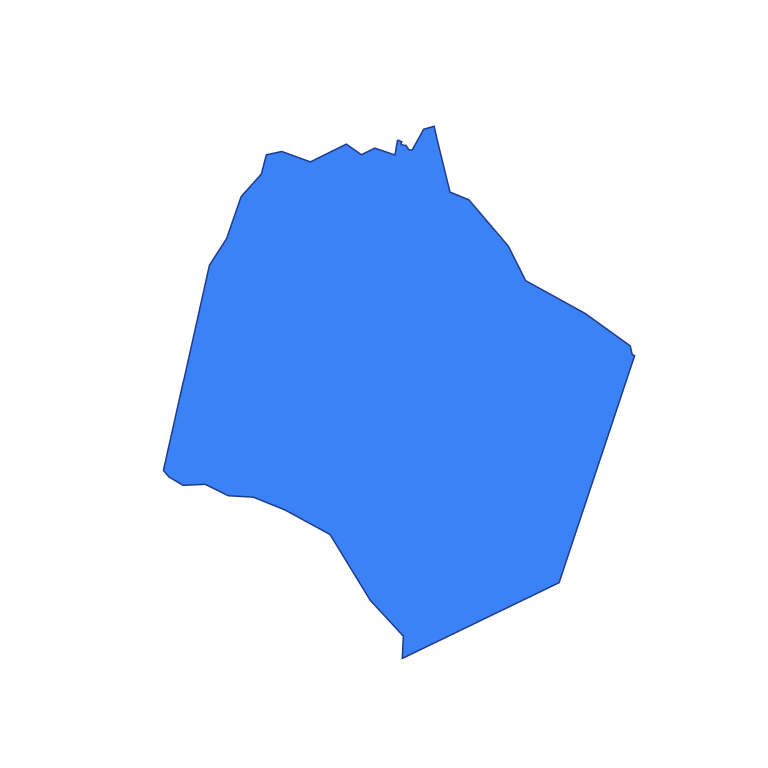 outline of Hoke, North Carolina, United States of America, rotated 332°
{"feature_id": "52423323B67745221671047", "entity_name": "Hoke", "entity_type": "district", "adm_level": 2, "iso_a3": "USA", "parent_name": "United States of America", "parent_adm1": "North Carolina", "projection": "albers", "projection_center": [-79.199, 35.024], "detail": "fine", "context": "isolated", "style": "filled", "palette": "blue", "viewbox_px": 768, "rotation_deg": 332, "n_neighbors": 0, "source": "geoboundaries", "source_scale": "gbopen_adm2", "svg_char_len": 855}
<svg xmlns="http://www.w3.org/2000/svg" viewBox="0 0 768 768"><g transform="rotate(332 384 384)"><path d="M549.3,180.0L538.6,177.7L519.1,190.4L517.6,190.1L516.3,189.2L515.9,188.6L515.4,183.6L513.5,182.6L511.7,180.5L511.8,179.9L513.5,178.4L512.5,177.3L511.9,176.8L511.3,175.6L510.2,175.3L501.2,186.9L486.6,171.4L471.7,170.9L463.3,154.5L423.2,153.3L402.9,130.7L387.7,126.4L374.2,141.1L345.8,151.5L313.3,181.7L285.7,197.1L210.1,285.4L208.2,287.5L207.7,287.9L148.7,356.7L150.4,364.9L158.9,379.1L179.0,388.6L194.0,409.5L215.4,422.5L237.6,449.0L265.7,491.6L270.3,568.6L282.7,615.7L271.3,634.9L445.4,641.6L472.8,615.4L588.6,505.2L605.8,488.8L614.9,480.2L615.5,479.6L618.5,476.8L617.0,474.4L619.3,466.0L594.8,416.3L557.6,359.3L558.5,320.7L545.4,261.2L532.4,245.5L545.9,192.2L547.5,186.5L549.3,180.0Z" fill="#3b82f6" stroke="#1e3a8a" stroke-width="1.5"/></g></svg>